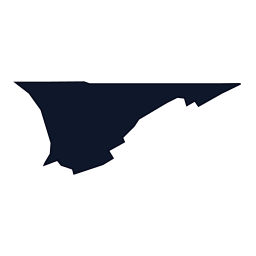 outline of Hancock, Tennessee, United States of America
{"feature_id": "52423323B54321928367648", "entity_name": "Hancock", "entity_type": "district", "adm_level": 2, "iso_a3": "USA", "parent_name": "United States of America", "parent_adm1": "Tennessee", "projection": "orthographic", "projection_center": [-83.193, 36.493], "detail": "fine", "context": "isolated", "style": "filled", "palette": "ink", "viewbox_px": 256, "rotation_deg": 0, "n_neighbors": 0, "source": "geoboundaries", "source_scale": "gbopen_adm2", "svg_char_len": 552}
<svg xmlns="http://www.w3.org/2000/svg" viewBox="0 0 256 256"><path d="M15.4,82.4L29.2,93.0L41.2,109.7L51.3,142.9L50.5,153.9L45.1,163.0L44.2,165.1L57.4,160.1L61.3,165.1L72.7,168.9L74.0,173.9L82.5,171.1L102.9,164.3L113.0,158.2L108.4,150.6L124.2,141.9L122.4,137.6L133.9,126.2L138.7,119.0L166.9,102.3L177.3,97.1L184.6,97.9L186.8,105.5L194.9,100.8L198.5,106.1L221.9,92.9L240.6,83.8L220.4,84.0L186.3,84.0L171.5,84.0L171.2,84.0L93.7,84.0L93.4,84.0L93.2,84.0L89.4,84.0L84.1,82.1L49.5,82.4L15.4,82.4Z" fill="#0f172a" stroke="#020617" stroke-width="1.5"/></svg>